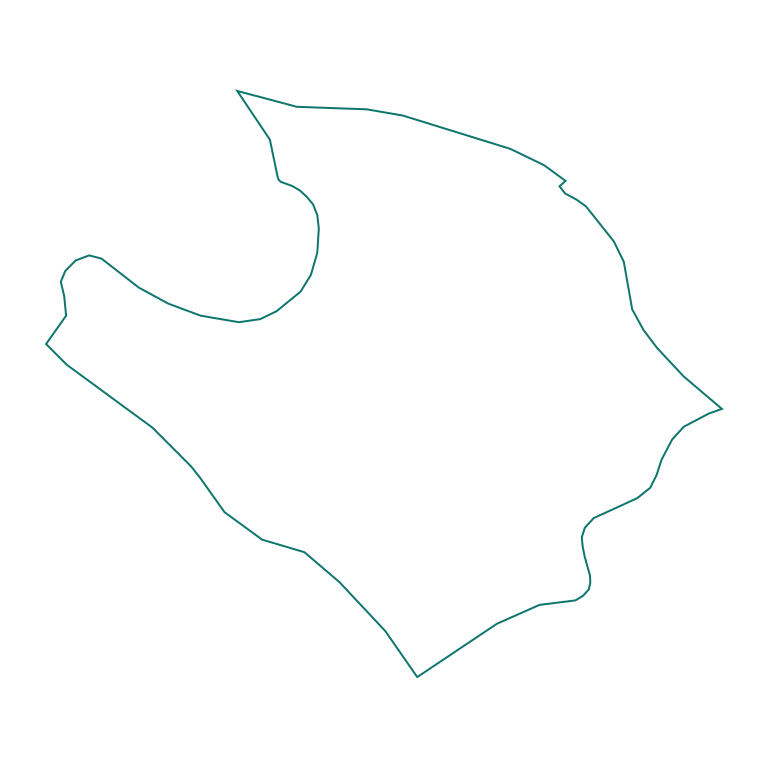 SVG path tracing the border of Vĩnh Long
{"feature_id": "VNM-510", "entity_name": "Vĩnh Long", "entity_type": "Province", "adm_level": 1, "iso_a3": "VNM", "parent_name": "Vietnam", "parent_adm1": "", "projection": "natural_earth1", "projection_center": [105.979, 10.095], "detail": "fine", "context": "isolated", "style": "outline", "palette": "teal", "viewbox_px": 768, "rotation_deg": 0, "n_neighbors": 0, "source": "natural_earth", "source_scale": "10m", "svg_char_len": 1042}
<svg xmlns="http://www.w3.org/2000/svg" viewBox="0 0 768 768"><path d="M417.2,677.0L385.4,631.2L339.5,582.2L304.4,552.2L262.2,539.7L224.4,512.1L224.1,511.6L200.1,477.8L191.2,466.5L152.5,427.7L66.8,364.8L46.1,344.0L66.1,315.7L64.2,296.1L60.8,281.9L65.2,271.1L75.6,260.5L89.1,255.4L101.5,258.6L138.8,287.6L168.2,303.6L200.7,315.7L238.9,322.2L260.3,319.1L276.7,311.1L300.6,291.6L310.9,274.9L317.3,252.7L318.8,228.5L317.3,215.2L313.1,204.4L306.8,196.9L299.9,190.5L292.2,186.0L280.9,181.9L278.6,179.7L277.5,176.3L269.9,139.7L237.3,91.0L296.8,106.8L366.4,109.3L402.6,115.5L510.4,148.9L544.2,165.3L565.5,180.9L559.5,186.3L565.1,193.5L576.8,199.8L586.0,206.4L613.9,241.5L623.8,261.8L632.2,309.4L643.5,330.0L657.2,348.1L683.7,376.5L721.9,408.9L708.7,413.6L683.8,426.7L672.1,439.6L661.5,459.8L656.7,474.8L650.3,487.7L637.3,498.1L593.7,518.1L584.8,527.8L581.8,537.3L582.6,546.1L584.6,556.3L590.0,575.7L590.3,582.9L588.8,589.4L583.1,595.7L575.4,600.4L539.4,604.9L497.0,623.7L417.5,676.9L417.2,677.0Z" fill="none" stroke="#0f766e" stroke-width="2"/></svg>